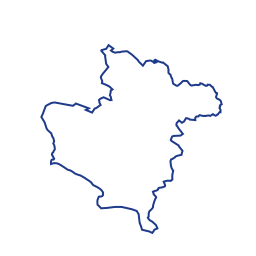 outline of Kachia, Kaduna, Nigeria, rotated 304°
{"feature_id": "59680162B32850327292174", "entity_name": "Kachia", "entity_type": "district", "adm_level": 2, "iso_a3": "NGA", "parent_name": "Nigeria", "parent_adm1": "Kaduna", "projection": "equal_earth", "projection_center": [7.682, 9.854], "detail": "fine", "context": "isolated", "style": "outline", "palette": "blue", "viewbox_px": 256, "rotation_deg": 304, "n_neighbors": 0, "source": "geoboundaries", "source_scale": "gbopen_adm2", "svg_char_len": 4005}
<svg xmlns="http://www.w3.org/2000/svg" viewBox="0 0 256 256"><g transform="rotate(304 128 128)"><path d="M54.6,206.8L57.0,206.9L58.0,206.7L58.4,206.8L58.7,206.8L58.8,206.9L60.7,208.3L61.3,208.5L63.2,205.4L63.9,200.6L63.7,197.6L64.1,196.1L64.7,194.6L66.2,194.6L68.8,192.9L70.8,192.3L72.2,192.6L74.0,193.0L75.9,193.1L76.3,193.1L77.4,192.3L81.3,191.0L84.4,190.3L86.2,190.2L86.6,189.8L87.1,187.7L87.5,186.2L87.9,186.0L89.1,184.3L89.9,184.7L90.7,185.5L91.1,185.7L91.3,185.9L92.7,187.0L94.0,187.3L94.4,187.0L95.2,186.9L96.0,187.4L97.6,189.3L99.4,190.7L100.4,191.2L101.3,190.8L103.5,187.6L106.3,190.0L106.7,190.7L108.2,193.1L108.7,193.1L108.9,193.1L110.1,193.6L112.4,191.9L114.0,190.9L114.3,190.8L118.0,189.3L118.0,188.8L119.4,186.2L121.3,184.2L124.3,181.7L126.2,181.3L126.9,182.0L129.9,183.3L130.5,183.2L132.0,184.0L133.4,185.2L135.6,187.3L135.8,187.2L136.2,187.2L136.9,186.8L139.5,186.0L141.2,180.7L141.8,179.7L141.7,174.7L141.6,171.6L141.9,170.2L142.0,170.1L145.6,169.4L146.8,170.1L147.0,170.4L151.1,175.8L153.8,176.8L154.0,176.0L156.4,168.9L156.9,168.3L157.1,167.3L157.4,166.5L159.2,165.6L159.4,165.6L162.8,166.1L162.5,169.8L164.8,170.8L168.6,170.6L169.7,173.3L169.5,174.4L172.2,179.4L173.8,178.1L175.7,178.2L177.0,179.9L177.4,179.8L178.7,180.2L180.2,184.1L181.0,184.7L181.1,184.9L181.4,185.8L182.5,186.6L183.6,188.0L184.1,189.5L187.0,190.7L187.0,191.3L186.9,192.3L187.3,193.9L188.4,194.4L188.5,194.4L189.0,194.5L189.2,194.8L192.5,195.1L192.8,195.8L194.7,194.7L195.8,192.6L197.1,192.5L197.5,191.8L198.3,191.6L200.1,192.4L200.7,191.5L201.5,190.8L202.5,189.2L202.6,188.0L202.3,186.0L202.2,185.7L202.2,185.4L202.3,185.2L202.7,183.8L203.0,183.6L206.3,182.6L206.7,182.2L206.3,181.0L208.1,177.6L209.4,175.1L209.1,174.4L209.6,171.9L208.5,169.8L207.4,169.9L206.5,169.1L206.1,165.3L206.2,165.0L205.5,162.9L203.9,163.2L202.8,162.1L202.7,161.9L202.2,161.2L201.8,160.1L200.3,158.6L198.6,156.8L198.6,155.2L200.0,150.9L199.7,150.1L198.0,147.6L197.9,147.5L196.9,147.1L193.8,146.5L193.7,146.4L190.9,145.6L190.2,144.7L190.0,140.9L190.1,140.5L193.6,137.0L193.6,136.7L195.0,134.4L195.9,133.6L196.2,130.9L198.2,129.4L198.6,129.4L201.4,126.4L201.9,120.4L201.4,120.1L200.3,116.2L199.8,112.4L199.1,112.1L198.8,112.1L198.2,114.6L196.6,113.4L196.9,111.5L196.7,109.3L195.8,108.0L193.5,105.6L188.0,105.5L189.1,99.7L189.8,98.3L191.0,90.4L191.2,84.9L191.0,84.1L188.7,81.2L187.7,80.0L186.2,78.8L185.1,77.1L183.4,75.4L183.1,74.7L182.6,72.5L182.7,70.6L184.0,71.0L185.6,71.4L185.7,69.9L185.8,65.6L181.5,65.7L177.7,62.5L177.1,62.7L175.5,68.5L174.8,68.8L169.0,74.0L167.6,77.6L163.6,77.3L161.8,77.1L159.1,76.8L155.6,76.8L154.6,77.3L152.5,80.4L150.6,81.3L151.3,84.5L151.5,85.6L151.7,86.7L151.8,87.6L151.7,87.8L152.0,89.3L151.3,93.6L149.5,92.7L148.0,93.6L147.2,93.9L145.1,94.6L144.2,96.3L141.9,98.7L141.0,97.4L139.8,90.6L139.3,90.3L137.0,88.8L135.0,88.3L132.9,90.4L131.8,92.4L126.3,90.3L126.1,90.0L125.6,89.5L125.3,89.5L120.7,89.6L119.4,83.0L122.4,84.5L119.1,71.1L118.8,71.1L115.6,69.9L109.2,55.3L108.1,52.8L105.9,50.5L102.3,48.5L100.2,47.5L92.9,49.3L92.7,49.4L88.7,50.0L86.0,55.8L82.2,60.6L81.3,62.6L80.7,67.3L78.5,70.1L78.0,71.6L75.8,74.1L73.5,74.7L72.3,76.7L70.9,78.1L69.3,79.3L67.1,79.3L66.2,79.6L64.8,79.3L63.3,79.9L62.3,81.9L61.2,84.0L60.3,84.0L59.4,82.8L58.5,82.5L56.7,83.1L55.1,84.3L55.9,84.9L57.0,85.9L57.9,86.9L58.5,88.0L59.3,89.7L59.7,93.6L59.7,96.1L59.7,97.4L59.7,99.8L59.8,101.8L60.2,102.9L60.5,103.6L60.7,105.4L60.7,107.5L60.6,108.9L60.6,109.4L60.9,111.0L61.0,111.7L61.3,112.6L62.1,115.3L62.4,120.1L62.4,121.6L62.4,121.9L62.4,123.4L62.4,123.9L62.5,124.3L62.3,128.3L61.9,128.6L61.2,131.2L61.6,134.0L61.8,135.2L61.9,138.2L61.7,140.0L61.6,140.8L60.6,143.4L59.4,144.0L58.5,144.8L57.5,144.8L56.1,144.0L55.6,143.2L54.7,142.2L51.1,143.0L49.8,143.8L49.2,144.2L48.2,145.0L47.4,145.6L46.9,148.2L46.8,148.9L46.7,149.1L46.4,150.7L48.2,152.9L49.5,154.7L49.6,154.8L55.4,161.5L59.0,166.9L61.1,172.2L62.8,176.6L64.1,181.6L62.5,185.0L55.9,190.7L53.6,194.0L51.5,196.5L54.1,203.5L54.6,206.8Z" fill="none" stroke="#1e3a8a" stroke-width="2"/></g></svg>